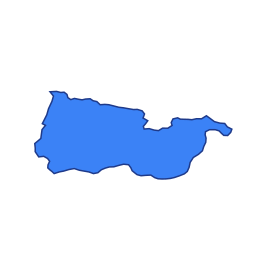 outline of Wenceslau Braz, Minas Gerais, Brazil, rotated 66°
{"feature_id": "56859067B98863111955151", "entity_name": "Wenceslau Braz", "entity_type": "district", "adm_level": 2, "iso_a3": "BRA", "parent_name": "Brazil", "parent_adm1": "Minas Gerais", "projection": "equal_earth", "projection_center": [-45.398, -22.544], "detail": "fine", "context": "isolated", "style": "filled", "palette": "blue", "viewbox_px": 256, "rotation_deg": 66, "n_neighbors": 0, "source": "geoboundaries", "source_scale": "gbopen_adm2", "svg_char_len": 1571}
<svg xmlns="http://www.w3.org/2000/svg" viewBox="0 0 256 256"><g transform="rotate(66 128 128)"><path d="M171.3,33.6L167.4,36.8L163.2,37.8L160.9,42.1L157.3,46.5L153.0,48.9L148.7,51.4L149.5,57.1L147.4,61.6L146.4,66.3L144.6,69.5L142.9,73.1L141.2,76.6L138.9,78.5L138.0,83.2L140.6,86.3L143.6,86.7L144.4,91.7L142.2,96.5L142.8,101.2L140.6,104.9L137.2,108.9L135.5,113.7L132.7,113.3L131.3,110.3L129.4,107.0L125.0,110.2L121.9,107.2L118.1,108.1L114.8,111.9L113.4,115.4L110.9,119.2L107.6,124.1L105.3,128.0L102.1,132.0L98.9,136.1L97.0,139.6L95.4,144.0L91.2,145.7L88.9,148.8L85.9,150.7L84.3,155.0L83.6,158.5L81.5,161.7L79.2,164.9L78.8,168.7L75.8,170.6L72.5,170.1L69.3,171.8L68.2,175.0L65.5,178.4L63.2,184.5L68.5,183.1L72.7,186.6L78.0,192.7L82.9,196.8L89.2,204.5L92.0,202.3L94.5,207.2L102.1,211.9L104.3,219.5L108.6,220.9L111.9,222.4L118.1,221.3L119.6,216.5L123.1,213.9L126.5,213.1L129.2,216.1L131.8,217.5L134.3,216.5L136.9,215.1L139.6,214.0L140.2,208.5L141.2,204.3L141.9,198.9L143.2,193.6L146.9,189.5L149.6,185.5L152.3,181.5L155.6,178.1L156.6,173.7L155.3,169.3L155.4,165.0L156.0,160.9L157.7,156.7L158.5,151.0L159.3,146.7L161.8,142.4L165.3,141.6L168.7,141.6L171.7,140.1L174.3,138.7L176.9,135.5L178.4,131.2L180.3,126.3L184.2,123.8L186.6,121.2L188.4,117.7L189.9,114.1L191.3,109.8L192.1,105.8L192.6,100.5L192.8,95.1L191.8,91.5L188.8,88.2L184.7,85.2L181.5,80.3L180.7,74.3L179.1,69.3L175.7,66.3L172.7,62.8L169.0,60.8L165.6,60.3L162.9,58.7L162.7,54.2L165.1,48.9L167.7,45.9L170.8,44.8L173.7,43.5L175.4,40.0L173.8,36.0L171.3,33.6Z" fill="#3b82f6" stroke="#1e3a8a" stroke-width="1.5"/></g></svg>